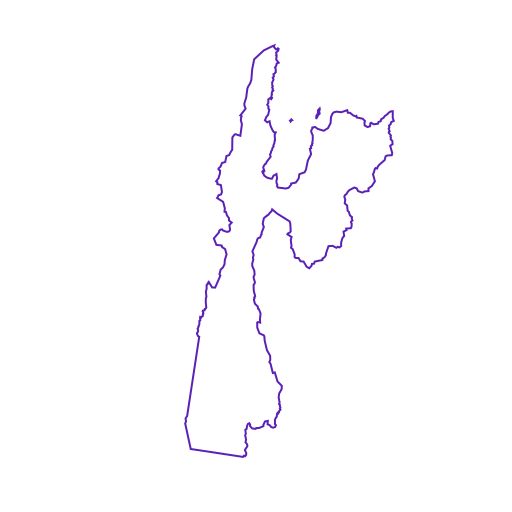 Sveitarfélagið Skagafjörðu, Norðurland vestra, Iceland, rotated 34°
{"feature_id": "244011B28940040244957", "entity_name": "Sveitarfélagið Skagafjörðu", "entity_type": "district", "adm_level": 2, "iso_a3": "ISL", "parent_name": "Iceland", "parent_adm1": "Norðurland vestra", "projection": "mercator", "projection_center": [-19.345, 65.497], "detail": "fine", "context": "isolated", "style": "outline", "palette": "violet", "viewbox_px": 512, "rotation_deg": 34, "n_neighbors": 0, "source": "geoboundaries", "source_scale": "gbopen_adm2", "svg_char_len": 6086}
<svg xmlns="http://www.w3.org/2000/svg" viewBox="0 0 512 512"><g transform="rotate(34 256 256)"><path d="M313.0,139.3L311.4,137.0L312.9,133.3L312.8,127.6L307.2,122.7L307.1,121.2L305.8,117.2L306.0,116.2L307.5,115.7L307.0,114.2L307.1,111.7L309.0,104.6L307.7,100.8L308.6,99.3L312.2,96.5L311.4,94.5L305.6,89.6L306.7,86.9L304.6,84.3L302.3,83.9L301.6,82.3L300.7,81.9L300.4,80.6L297.1,79.6L296.8,78.6L297.1,77.9L294.8,76.3L294.8,75.2L293.4,73.5L293.9,71.5L293.2,69.4L294.7,67.0L292.1,65.0L288.4,59.5L286.9,60.7L286.0,62.7L285.5,65.4L284.5,68.0L284.5,70.0L283.3,72.7L284.0,74.5L282.6,76.4L283.1,78.2L279.9,81.0L276.9,81.2L276.6,82.1L278.0,84.6L276.4,86.7L273.1,87.0L271.4,84.9L270.9,83.2L267.8,82.5L262.1,84.8L260.9,83.8L260.6,84.5L257.9,85.1L253.9,84.7L252.0,85.9L250.1,84.1L246.3,89.1L241.9,91.4L240.1,93.5L239.8,95.5L240.5,98.9L243.5,104.1L244.2,109.7L242.1,114.3L236.2,116.1L232.8,116.0L230.9,118.0L231.4,118.4L231.5,120.4L232.1,122.0L235.6,124.3L238.2,128.1L239.2,130.6L239.9,131.0L239.9,132.2L240.6,132.8L240.1,134.4L241.4,135.8L240.7,137.0L244.7,140.7L245.6,147.9L249.1,156.4L249.5,159.4L246.2,163.9L248.1,168.2L247.9,172.9L244.6,176.3L245.2,177.2L244.9,181.2L243.1,183.3L235.9,187.0L234.4,186.4L233.9,185.1L231.9,183.7L230.7,181.9L230.2,180.0L227.1,176.6L225.6,179.7L226.0,183.0L225.0,183.6L221.7,184.8L218.1,184.8L214.2,182.7L214.0,181.9L214.3,181.1L214.0,180.9L215.1,181.7L214.9,181.2L215.3,180.8L212.5,178.6L212.1,177.3L212.1,174.7L212.6,173.7L212.2,172.0L212.6,165.5L210.9,164.0L210.6,162.1L210.1,161.0L209.9,158.7L209.2,157.1L209.4,155.4L208.6,154.7L208.1,152.1L207.0,150.1L207.1,149.4L203.8,145.3L203.2,142.5L201.6,143.4L198.8,142.2L194.9,139.7L191.9,136.7L190.5,138.9L187.5,138.5L186.8,134.8L187.1,132.2L185.2,127.2L183.8,126.9L182.7,125.0L180.7,124.3L180.6,122.1L178.6,119.3L179.3,117.4L180.9,117.5L180.9,115.9L179.7,115.7L178.9,113.2L178.4,113.0L177.6,111.1L177.8,109.4L177.1,109.5L176.6,108.0L175.2,107.4L175.1,105.9L174.1,105.5L172.4,103.2L171.8,99.8L170.1,98.8L170.5,97.2L168.8,95.5L169.2,94.9L169.5,93.7L169.3,93.0L169.6,92.5L167.7,89.9L166.3,89.1L166.5,87.4L165.5,84.8L166.7,83.1L162.8,81.8L161.3,78.6L160.6,78.6L160.4,77.5L158.9,76.1L159.6,73.4L158.9,71.6L158.0,71.6L157.8,73.0L157.0,73.5L153.8,72.6L153.4,71.2L151.9,73.5L147.5,81.2L144.5,93.9L148.3,103.1L153.7,112.7L154.6,116.2L154.7,119.6L155.2,122.0L159.3,130.2L160.9,135.7L162.0,137.5L165.0,139.7L164.4,148.3L166.0,148.2L166.3,149.7L167.6,152.0L170.6,154.6L175.8,165.1L170.9,166.5L170.3,167.3L170.1,170.9L176.9,181.3L176.8,183.1L177.3,187.4L175.6,189.6L177.9,195.3L175.8,197.9L176.6,201.8L176.0,204.3L176.5,205.2L178.5,205.3L180.0,207.9L181.4,212.5L181.2,216.4L182.6,216.3L183.6,217.9L187.3,216.9L192.0,222.0L192.6,224.5L190.9,226.7L191.3,228.0L191.3,229.7L198.5,229.5L203.5,233.9L205.1,236.9L206.5,236.3L208.8,238.3L212.5,239.8L213.8,241.7L217.2,241.9L216.6,245.2L219.8,248.7L220.0,249.7L219.8,250.9L218.3,252.3L214.4,253.3L213.0,252.9L211.9,253.9L211.4,255.5L212.1,257.2L211.2,265.0L216.9,268.9L221.7,266.5L223.0,267.6L226.5,267.5L230.7,271.1L232.4,276.8L234.5,280.4L235.0,283.9L234.3,287.0L235.9,291.6L237.4,292.2L239.8,305.0L237.2,306.6L231.3,303.9L231.2,305.7L231.7,306.4L231.3,307.7L233.4,310.8L234.4,313.6L237.7,317.5L237.9,318.7L240.0,322.2L243.6,326.5L243.7,328.0L243.2,328.5L243.7,329.9L242.5,331.0L242.6,331.6L244.4,332.8L244.6,333.2L244.3,333.6L245.5,335.5L245.0,336.3L245.0,337.7L244.1,337.7L244.4,338.2L244.1,338.4L245.8,340.6L245.3,341.3L247.3,344.5L247.7,346.1L247.5,346.4L248.2,347.5L248.2,348.9L249.6,349.9L250.3,351.5L250.1,352.6L250.6,353.5L252.7,354.8L254.1,354.7L288.4,427.2L288.4,430.0L290.5,432.3L290.9,434.4L309.8,452.5L357.6,429.8L357.7,428.2L358.8,428.2L359.1,426.5L358.2,424.9L355.3,423.1L355.2,418.5L354.0,417.1L351.5,416.3L350.4,413.7L347.3,410.7L346.9,409.0L344.3,406.0L344.9,404.5L343.7,402.2L343.2,399.8L343.9,398.4L345.4,399.0L346.1,400.3L349.2,401.1L352.4,399.5L352.4,398.5L354.8,396.8L357.3,392.9L356.5,391.7L356.0,388.1L358.0,386.1L359.7,389.1L361.9,388.6L364.4,389.3L366.4,388.6L367.5,387.0L367.1,385.1L365.8,384.8L363.3,381.2L362.9,378.8L363.1,377.7L361.6,374.9L362.5,374.3L361.8,373.4L362.4,372.7L361.9,372.0L362.2,369.7L361.1,369.2L360.9,367.9L359.6,367.1L359.2,366.1L357.9,365.9L357.6,364.4L353.8,360.5L352.1,357.1L351.7,352.0L350.0,349.2L344.0,348.0L336.7,342.0L335.4,343.6L328.3,337.2L326.4,336.5L325.9,334.1L323.5,330.8L317.8,328.0L310.7,321.5L307.8,317.9L306.8,317.4L302.1,318.2L297.2,314.8L294.2,310.5L294.6,309.6L296.7,308.9L294.7,306.3L291.9,301.1L288.2,298.5L287.0,298.5L285.9,297.0L281.7,296.1L278.6,293.3L278.4,291.7L277.7,291.4L277.8,289.8L273.6,286.1L270.4,281.7L270.1,281.1L270.3,279.9L269.8,278.4L266.2,275.4L265.6,274.4L265.3,272.3L262.9,269.2L258.5,266.4L257.1,264.4L255.8,260.5L254.3,259.0L253.5,256.5L250.4,254.1L248.7,244.1L247.8,241.7L247.8,240.0L249.1,238.3L248.4,235.8L248.5,234.7L247.6,233.5L246.3,227.6L243.6,225.6L241.4,220.4L242.0,217.8L242.5,217.3L242.5,216.1L243.3,214.7L243.2,213.3L243.8,210.1L243.3,208.3L249.8,209.0L264.5,208.5L266.3,209.9L271.0,216.2L271.0,217.4L269.8,219.6L269.9,220.5L274.8,220.3L275.9,223.3L279.9,227.9L280.4,229.6L282.6,229.8L287.1,233.0L288.5,235.2L289.8,235.5L292.5,233.9L295.8,235.5L298.6,234.0L304.0,236.6L307.0,236.4L307.5,233.1L306.8,231.3L308.4,229.9L307.8,227.8L313.3,222.2L312.5,220.9L313.5,219.0L313.5,216.4L312.5,214.4L310.6,207.3L313.9,204.7L318.0,204.3L318.7,202.6L320.3,202.3L320.7,201.3L321.0,200.1L319.2,197.5L317.9,193.7L317.6,192.1L317.9,190.1L314.9,186.8L316.6,184.0L315.4,182.9L319.1,179.9L318.9,178.5L317.3,175.7L315.8,174.9L315.6,174.4L316.1,172.6L314.5,171.5L313.9,170.1L311.2,169.8L308.3,167.5L306.7,167.3L303.3,163.2L300.1,162.7L298.5,159.4L296.0,157.4L295.7,155.9L296.3,154.1L296.2,151.1L296.6,149.1L299.2,144.3L301.5,143.6L304.4,145.1L308.0,144.2L309.2,143.4L309.8,141.8L313.0,139.3ZM229.4,108.8L228.9,107.5L229.1,106.8L228.7,104.5L229.2,102.4L227.5,100.8L226.8,98.6L226.3,98.1L225.9,100.5L227.5,103.1L227.7,106.2L229.4,108.8ZM210.0,123.2L208.9,123.0L209.0,123.9L208.2,123.8L208.8,124.2L208.5,124.7L209.5,125.2L209.5,123.9L210.0,123.2Z" fill="none" stroke="#5b21b6" stroke-width="2"/></g></svg>